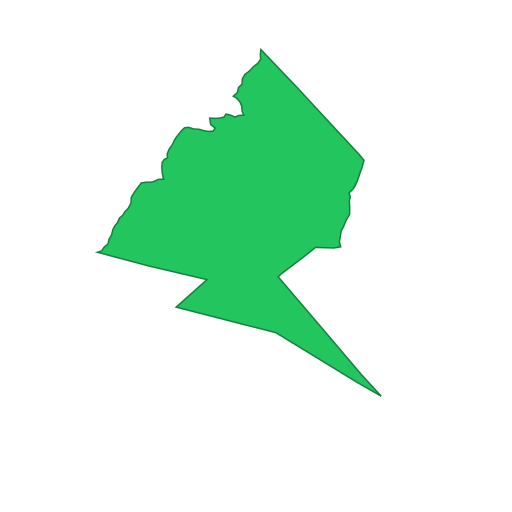 Italva, Rio de Janeiro, Brazil (orthographic projection), rotated 333°
{"feature_id": "56859067B48628253116757", "entity_name": "Italva", "entity_type": "district", "adm_level": 2, "iso_a3": "BRA", "parent_name": "Brazil", "parent_adm1": "Rio de Janeiro", "projection": "orthographic", "projection_center": [-41.653, -21.457], "detail": "fine", "context": "isolated", "style": "filled", "palette": "green", "viewbox_px": 512, "rotation_deg": 333, "n_neighbors": 0, "source": "geoboundaries", "source_scale": "gbopen_adm2", "svg_char_len": 1480}
<svg xmlns="http://www.w3.org/2000/svg" viewBox="0 0 512 512"><g transform="rotate(333 256 256)"><path d="M161.6,265.3L212.4,310.1L238.9,333.3L249.1,350.0L288.9,414.8L303.9,437.7L296.0,409.3L295.0,405.0L284.0,358.5L277.3,330.4L266.3,284.7L269.8,283.5L297.3,278.6L312.9,275.4L324.1,281.5L329.0,284.2L335.6,286.3L336.8,281.1L339.3,277.8L343.2,272.5L347.9,269.1L352.6,265.0L358.2,261.5L361.4,255.6L364.0,249.6L366.9,246.0L367.5,242.0L372.3,240.6L375.9,238.7L379.7,235.6L383.8,231.8L386.4,229.2L389.9,226.0L392.4,223.3L395.6,219.8L394.4,213.8L375.9,148.6L369.6,126.2L354.1,74.3L351.3,78.5L349.5,82.8L344.9,85.2L339.8,86.1L336.1,87.5L332.7,88.5L328.6,89.1L324.3,91.9L321.5,96.6L316.9,97.9L313.7,101.9L308.3,103.3L310.4,106.6L311.6,111.2L311.4,115.8L309.3,120.8L309.1,125.0L304.9,123.1L300.3,122.6L297.2,118.9L293.8,115.9L290.5,117.7L286.5,116.7L282.4,115.0L277.3,112.1L275.3,118.4L277.8,123.4L274.4,125.3L270.2,123.4L266.4,120.6L262.9,117.3L258.1,114.5L254.3,110.7L250.6,109.3L247.0,110.3L241.1,112.9L236.3,115.4L232.0,118.8L227.1,121.4L223.2,124.7L221.7,128.4L218.1,128.3L214.9,130.0L212.3,134.3L210.0,140.0L208.5,145.7L203.9,143.4L197.2,143.1L191.7,140.4L187.0,138.8L182.6,140.9L179.2,142.6L174.2,145.3L171.3,147.4L168.6,152.1L163.8,155.5L159.5,156.9L155.6,159.3L151.6,160.2L147.4,163.6L144.1,164.9L140.7,167.3L136.8,171.7L132.4,174.6L129.6,178.1L124.8,179.1L120.9,181.3L116.4,180.7L155.3,215.7L201.6,254.8L161.6,265.3Z" fill="#22c55e" stroke="#15803d" stroke-width="1.5"/></g></svg>